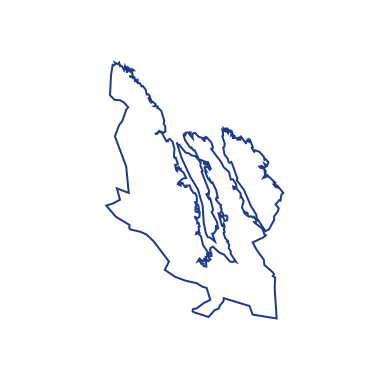 Risør nor, Aust-Agder, Norway, rotated 249°
{"feature_id": "86288312B21568126373131", "entity_name": "Risør nor", "entity_type": "district", "adm_level": 2, "iso_a3": "NOR", "parent_name": "Norway", "parent_adm1": "Aust-Agder", "projection": "robinson", "projection_center": [9.161, 58.742], "detail": "fine", "context": "isolated", "style": "outline", "palette": "blue", "viewbox_px": 384, "rotation_deg": 249, "n_neighbors": 0, "source": "geoboundaries", "source_scale": "gbopen_adm2", "svg_char_len": 6146}
<svg xmlns="http://www.w3.org/2000/svg" viewBox="0 0 384 384"><g transform="rotate(249 192 192)"><path d="M125.2,245.4L126.1,244.5L132.8,244.4L141.0,239.4L141.7,239.3L141.0,241.0L142.1,241.9L146.8,241.0L146.4,239.6L148.4,238.3L148.3,236.6L149.7,235.6L152.2,236.4L154.8,234.1L152.3,233.9L153.0,233.5L159.9,233.2L165.0,237.0L170.4,236.4L170.0,235.6L173.3,237.0L179.5,234.7L179.9,232.0L182.4,232.5L180.2,235.2L183.8,236.0L189.3,234.7L189.7,232.7L197.3,233.7L203.8,230.5L209.3,230.0L226.1,225.1L224.8,226.4L226.2,227.6L231.4,227.8L237.5,225.4L237.1,224.9L238.3,224.2L237.2,223.5L238.1,222.2L234.4,222.0L239.4,220.3L241.0,218.1L246.3,215.9L246.4,214.2L244.5,212.4L241.9,211.9L246.5,210.3L246.9,211.8L248.3,212.1L248.5,211.0L247.2,210.6L249.1,209.5L249.5,207.7L247.6,206.3L249.1,205.7L248.2,204.5L242.9,204.1L234.8,206.0L233.4,206.9L234.7,207.1L230.2,208.4L229.9,209.5L218.8,210.1L219.7,210.7L216.3,214.4L214.3,213.2L210.8,217.0L215.9,215.0L214.0,217.2L215.1,217.5L209.0,217.8L206.8,217.8L206.4,216.5L209.3,215.8L211.0,213.3L210.1,212.3L206.4,212.8L207.2,212.1L206.1,211.6L198.8,211.7L196.6,212.5L197.4,213.0L193.7,213.3L193.7,214.6L185.0,215.2L177.4,214.0L178.1,213.0L176.3,211.6L169.4,214.0L170.5,214.5L168.7,214.2L167.6,213.1L165.0,213.5L162.9,211.7L162.1,213.0L158.5,213.1L157.6,215.9L155.9,216.0L152.3,214.2L153.0,214.2L153.4,212.2L158.9,212.0L158.1,210.5L161.8,210.3L162.5,209.0L149.8,207.9L148.7,208.8L150.9,209.0L149.8,209.3L150.9,210.2L148.0,210.1L145.8,208.3L142.9,208.1L142.5,206.8L137.1,206.5L133.1,208.0L133.1,207.0L129.3,207.8L126.5,206.2L122.7,206.9L120.4,206.0L110.9,208.1L112.3,206.7L112.0,205.2L113.5,202.5L122.2,199.4L125.8,195.7L133.5,192.0L133.1,189.3L131.7,188.1L127.1,188.0L125.3,187.3L125.9,185.1L124.1,184.2L122.4,185.0L121.6,182.3L123.1,181.8L123.4,180.5L117.2,178.7L118.9,176.2L121.0,177.2L121.7,176.1L121.3,175.1L125.3,174.3L125.2,172.7L127.2,175.2L123.7,177.0L123.3,178.4L125.2,179.4L125.1,181.4L126.4,181.4L125.9,184.6L127.0,184.6L127.3,183.4L129.0,183.9L127.7,187.1L128.8,187.1L129.9,185.2L138.6,183.3L147.3,184.5L151.2,182.9L151.4,180.7L152.8,181.7L151.7,184.1L152.8,183.6L153.1,184.6L157.1,185.6L157.1,186.8L160.7,187.1L160.8,185.6L162.6,186.5L168.4,185.6L165.5,187.6L166.2,190.1L170.5,192.0L174.2,192.0L170.9,190.3L172.7,188.3L176.0,189.6L174.7,190.3L174.2,192.5L177.4,193.2L178.7,192.5L177.4,191.1L181.4,191.3L181.1,193.0L186.5,194.9L189.8,194.5L190.5,193.1L194.9,192.0L198.9,192.3L200.0,189.1L198.7,188.6L199.3,187.2L204.7,186.2L203.3,185.9L204.4,185.2L204.0,184.0L202.2,183.7L204.4,181.5L205.8,183.0L207.8,188.2L207.2,191.6L213.4,191.0L216.3,189.2L217.4,189.7L217.4,188.7L220.0,188.7L220.0,187.4L218.2,186.5L219.4,186.2L217.4,185.5L218.5,185.1L223.3,186.0L222.7,188.4L223.3,188.9L229.9,189.1L229.9,188.1L231.7,187.9L238.9,191.2L246.1,191.8L249.6,190.2L249.0,188.0L248.1,187.8L248.3,186.3L258.5,185.0L259.9,182.8L258.8,180.2L259.5,178.2L259.5,180.7L260.8,183.1L257.6,186.7L258.0,188.8L263.2,190.6L265.9,190.0L268.3,191.6L278.5,192.4L281.7,191.1L283.3,189.1L282.9,190.3L284.1,190.7L285.7,187.5L286.0,189.1L287.8,189.7L287.2,189.3L290.3,187.8L290.1,186.2L291.3,186.6L291.6,185.3L293.8,185.2L292.8,186.6L293.4,186.9L295.6,185.7L295.8,186.8L297.2,186.8L298.8,186.3L299.2,184.7L304.3,185.4L308.7,184.0L308.7,182.8L312.3,182.3L313.0,180.5L316.0,181.3L315.2,179.8L317.1,179.8L317.1,178.8L315.0,178.2L319.6,179.3L319.6,177.6L321.4,177.4L321.4,175.7L322.2,175.7L321.4,178.4L325.1,178.9L326.9,179.9L326.5,181.1L328.3,180.1L327.6,178.9L329.1,177.9L326.3,177.6L328.3,176.2L328.0,175.2L330.0,175.7L328.3,176.4L329.8,177.7L332.0,176.4L331.3,174.9L328.0,174.8L326.5,174.2L333.4,174.5L330.2,172.2L334.2,171.8L335.6,170.8L335.3,170.0L338.9,170.3L338.2,168.9L337.1,169.3L340.4,166.4L338.9,166.6L338.2,163.9L339.0,163.4L330.0,158.2L311.6,150.1L305.8,152.8L303.4,157.8L299.9,160.6L294.0,162.8L292.6,160.3L283.6,152.7L280.3,147.7L271.6,140.0L239.3,139.7L213.8,132.6L222.3,123.2L210.6,122.0L209.6,114.1L210.0,107.1L196.1,112.1L183.6,121.9L181.0,120.5L179.3,120.8L173.4,129.5L168.3,134.5L159.5,138.6L135.3,145.6L129.1,138.7L118.8,145.9L111.8,153.8L105.0,163.9L100.0,167.6L97.2,171.3L84.8,170.4L84.1,163.3L81.7,154.5L82.3,151.0L80.6,149.8L79.5,150.2L69.4,162.6L73.6,170.9L73.6,175.1L76.4,177.8L78.6,182.2L81.5,183.6L65.0,204.8L55.8,204.7L43.6,225.7L72.5,234.7L82.4,239.0L84.5,237.3L85.7,239.1L87.9,238.7L98.0,233.4L103.0,234.8L114.8,231.6L123.2,230.5L124.1,242.7L125.2,245.4ZM158.5,276.9L166.8,274.1L167.4,273.6L165.7,273.1L166.7,271.9L169.2,271.1L168.1,272.8L169.6,271.7L169.8,272.6L171.2,272.0L171.2,272.9L180.8,268.3L179.9,267.7L180.8,267.2L179.6,266.4L179.6,263.6L181.8,266.5L184.8,267.0L184.1,267.7L185.2,268.3L187.7,267.7L190.3,264.3L191.7,264.0L191.3,266.7L188.8,267.9L189.2,269.9L192.3,269.8L189.7,271.6L192.4,274.0L196.4,272.4L196.0,271.2L199.3,271.7L205.5,269.2L208.4,265.8L207.3,264.5L208.0,264.2L211.7,263.6L211.7,264.8L219.3,264.8L218.6,263.8L219.7,263.8L218.6,263.1L220.7,263.8L221.1,262.8L218.9,262.8L220.0,261.1L219.7,260.1L217.5,259.9L225.9,257.7L224.4,256.4L225.9,256.4L226.0,255.2L224.1,254.7L224.8,253.5L223.7,253.0L226.2,253.2L227.7,251.3L229.1,251.8L229.7,251.0L227.3,250.5L227.7,249.5L230.2,250.3L230.6,248.6L231.5,249.1L231.0,250.8L234.6,250.8L234.2,250.0L235.3,249.6L234.6,249.1L238.6,247.8L239.0,246.6L236.4,247.6L234.2,246.8L239.7,244.4L237.5,244.1L239.3,242.7L233.5,241.4L233.2,240.3L225.3,239.9L222.7,238.4L222.3,237.1L215.4,235.8L210.0,237.3L206.7,236.9L205.6,237.7L206.0,239.4L204.5,239.6L188.1,239.2L187.2,238.0L175.1,241.3L158.4,241.9L147.9,243.9L144.3,243.1L129.1,246.6L129.6,250.6L136.8,259.0L139.7,259.8L143.1,265.0L145.7,267.1L150.5,265.6L153.1,270.5L152.2,271.4L157.5,274.6L158.5,276.9ZM148.7,190.2L144.4,190.5L142.7,192.7L137.6,195.7L145.8,195.9L145.6,197.7L147.6,200.6L152.5,202.5L148.7,202.0L148.7,203.4L155.2,204.6L166.1,203.1L167.6,205.3L178.9,206.7L180.3,206.3L179.6,205.4L184.7,204.6L185.0,206.3L183.2,206.1L183.6,206.8L186.8,208.3L207.6,208.2L207.9,209.5L213.8,209.3L216.4,210.8L224.2,208.0L226.3,204.7L228.9,203.2L231.2,200.1L240.6,197.0L240.2,195.9L243.9,195.5L227.6,194.5L206.5,195.9L192.2,198.5L175.3,197.0L159.1,191.9L148.7,190.2Z" fill="none" stroke="#1e3a8a" stroke-width="2"/></g></svg>